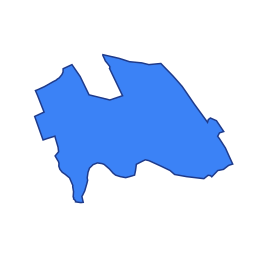 Kuje, Federal Capital Territory, Nigeria (orthographic projection), rotated 241°
{"feature_id": "59680162B82387239737873", "entity_name": "Kuje", "entity_type": "district", "adm_level": 2, "iso_a3": "NGA", "parent_name": "Nigeria", "parent_adm1": "Federal Capital Territory", "projection": "orthographic", "projection_center": [7.22, 8.673], "detail": "fine", "context": "isolated", "style": "filled", "palette": "blue", "viewbox_px": 256, "rotation_deg": 241, "n_neighbors": 0, "source": "geoboundaries", "source_scale": "gbopen_adm2", "svg_char_len": 1565}
<svg xmlns="http://www.w3.org/2000/svg" viewBox="0 0 256 256"><g transform="rotate(241 128 128)"><path d="M88.9,46.3L88.4,46.9L85.6,50.6L84.7,52.8L90.5,54.5L91.2,55.7L94.0,59.7L99.8,65.5L101.9,67.4L104.1,68.1L108.7,71.6L111.6,74.9L112.9,79.7L112.6,82.2L112.3,84.3L109.4,88.1L107.7,89.5L101.2,91.9L95.7,93.1L92.8,94.3L89.3,97.6L85.7,101.9L84.7,105.9L84.0,109.0L83.9,109.8L83.6,110.9L87.2,114.0L92.2,117.7L92.0,124.1L91.8,127.7L89.3,130.5L78.6,138.4L70.4,144.2L64.8,146.2L57.1,155.6L46.9,169.8L47.5,173.4L47.8,175.1L46.5,177.0L44.7,177.6L46.7,184.1L47.3,185.8L45.5,191.5L46.1,195.1L46.4,197.1L46.5,198.1L46.2,199.6L45.7,202.1L47.2,202.2L53.7,202.7L63.3,203.5L74.0,202.8L77.3,202.4L79.4,205.7L78.5,210.0L91.5,208.9L96.8,204.9L96.4,202.3L94.4,200.3L99.5,199.7L117.2,197.5L131.3,196.2L138.2,195.5L147.9,193.4L151.9,192.5L168.5,188.0L173.3,177.0L178.3,171.6L185.3,161.4L191.0,156.1L193.3,153.9L204.3,141.6L203.7,141.2L200.4,141.0L197.7,140.7L195.5,141.1L193.8,141.4L190.6,141.9L189.0,141.0L189.0,140.7L158.9,138.9L161.3,125.7L175.9,110.0L196.3,111.1L210.6,109.7L211.3,100.0L208.4,98.3L206.7,96.0L205.2,92.2L205.0,89.6L204.9,89.5L204.7,88.6L204.7,87.2L204.8,85.0L204.7,75.0L205.3,67.4L205.6,65.2L199.7,64.6L182.6,62.3L183.4,52.0L158.7,47.9L157.9,52.5L156.3,60.1L154.0,59.5L145.1,57.5L140.9,55.8L138.9,50.7L134.2,50.8L132.5,50.9L130.6,50.5L128.2,49.0L126.6,48.7L124.9,48.4L121.2,49.0L118.0,50.6L112.7,52.7L106.7,52.1L104.5,51.9L103.5,51.2L98.7,49.5L94.3,46.6L93.3,46.7L92.3,46.0L91.1,46.5L89.6,46.8L88.9,46.3Z" fill="#3b82f6" stroke="#1e3a8a" stroke-width="1.5"/></g></svg>